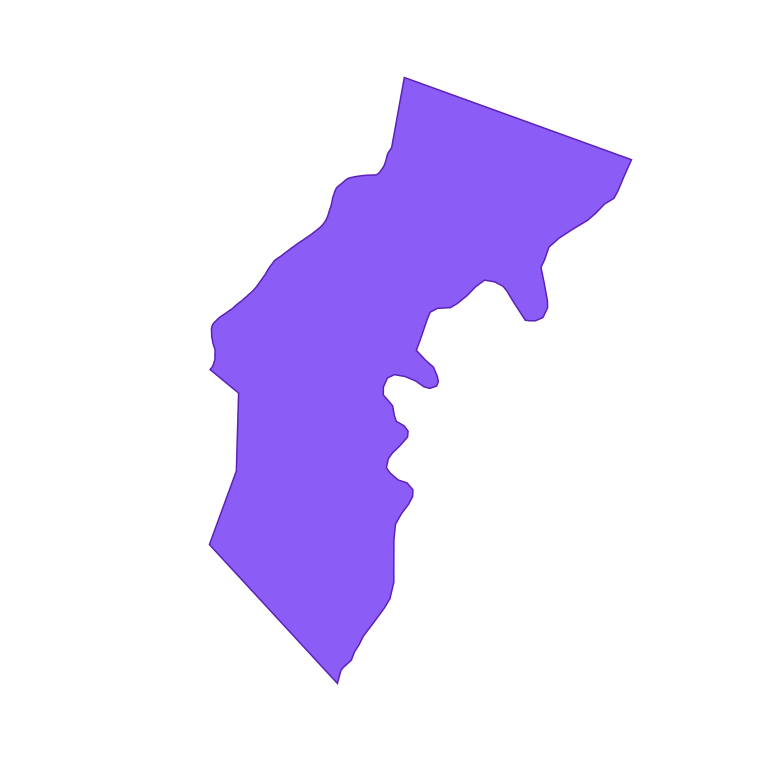 the district of Dupre, Choiseul, Saint Lucia, rotated 15°
{"feature_id": "8701671B17247241487473", "entity_name": "Dupre", "entity_type": "district", "adm_level": 2, "iso_a3": "LCA", "parent_name": "Saint Lucia", "parent_adm1": "Choiseul", "projection": "albers", "projection_center": [-61.03, 13.794], "detail": "fine", "context": "isolated", "style": "filled", "palette": "violet", "viewbox_px": 768, "rotation_deg": 15, "n_neighbors": 0, "source": "geoboundaries", "source_scale": "gbopen_adm2", "svg_char_len": 3984}
<svg xmlns="http://www.w3.org/2000/svg" viewBox="0 0 768 768"><g transform="rotate(15 384 384)"><path d="M565.0,103.3L325.7,82.8L324.3,82.7L330.2,153.7L328.1,159.7L327.9,161.4L327.9,162.8L327.9,163.9L327.9,165.3L328.0,166.6L328.0,167.7L327.9,168.8L327.8,171.2L327.7,172.5L327.4,173.7L327.1,174.9L326.6,176.3L326.1,177.7L325.7,179.0L325.2,180.2L324.5,181.4L323.9,182.5L323.0,183.4L321.9,184.2L320.8,184.6L319.3,184.9L318.1,185.3L316.7,185.9L315.4,186.1L314.3,186.4L312.9,187.0L311.7,187.5L310.5,187.8L309.2,188.3L307.8,188.9L306.6,189.4L305.4,189.9L304.2,190.5L303.0,190.9L301.8,191.5L300.7,192.1L299.3,192.8L298.2,193.4L296.7,194.3L295.8,195.0L295.0,195.8L294.3,196.8L293.5,197.9L292.8,198.9L292.1,200.0L291.4,201.0L290.1,202.8L288.9,204.4L288.1,205.5L287.6,206.6L287.1,207.9L286.9,209.2L286.7,210.4L286.6,211.7L286.5,213.1L286.4,214.4L286.3,215.5L286.3,216.8L286.3,218.1L286.4,219.3L286.5,220.7L286.6,221.8L286.7,223.1L286.7,224.4L286.7,225.6L286.7,227.0L286.5,228.2L286.4,229.4L286.4,230.6L286.3,232.6L286.3,233.9L286.2,235.2L286.2,236.5L286.0,237.7L285.8,239.0L285.5,240.4L285.2,241.6L284.8,242.9L284.3,244.2L283.8,245.4L283.3,246.5L282.6,247.6L282.0,248.9L281.1,250.0L280.3,251.2L279.6,252.2L278.8,253.3L278.0,254.3L277.2,255.4L276.4,256.4L275.6,257.5L274.8,258.6L273.9,259.6L272.9,260.8L272.0,261.8L270.9,263.0L270.1,264.0L269.3,264.9L268.6,265.9L267.5,267.0L266.6,268.0L265.7,269.1L264.6,270.4L263.7,271.4L262.8,272.4L262.1,273.5L261.2,274.6L260.6,275.3L259.6,276.4L258.6,277.7L258.1,278.5L257.2,279.5L256.3,280.7L255.6,281.5L255.1,282.2L254.4,283.1L253.5,284.2L252.8,285.2L252.1,286.2L251.3,287.2L250.5,288.1L249.5,289.2L248.6,290.2L247.7,291.3L246.8,292.4L246.2,293.4L245.7,294.7L245.2,296.0L244.7,297.3L244.2,298.4L243.7,299.6L243.2,300.8L242.9,302.0L242.5,303.3L242.0,304.5L241.7,305.9L241.4,307.0L241.2,308.2L240.6,309.7L240.2,310.9L239.7,312.1L239.2,313.4L238.9,314.6L238.4,315.8L237.9,317.0L237.5,318.1L236.9,319.7L236.3,321.3L235.8,322.5L235.3,323.8L234.7,325.0L234.1,326.3L233.6,327.5L232.9,328.6L232.1,329.7L231.5,330.7L230.6,331.9L229.9,332.9L229.2,334.3L228.4,335.5L227.6,336.5L226.9,337.6L226.1,338.9L225.4,340.0L224.5,341.1L223.6,342.2L222.7,343.3L222.0,344.4L221.2,345.4L220.4,346.7L219.6,347.9L219.0,349.0L218.2,350.2L217.4,351.2L216.4,352.3L215.5,353.3L214.5,354.5L213.6,355.6L212.7,356.7L211.9,357.6L210.9,358.7L210.0,359.7L209.1,360.8L208.3,361.7L207.6,362.7L206.9,363.7L206.3,364.9L205.5,366.2L204.7,367.6L203.9,368.8L203.6,369.9L203.1,371.1L203.0,372.2L203.0,373.4L203.0,374.5L203.1,375.8L203.4,376.7L203.8,377.8L204.1,378.9L204.6,380.2L204.9,381.3L205.2,382.7L205.8,383.9L206.3,384.9L207.0,386.2L207.5,387.4L208.1,388.6L208.7,389.7L209.4,390.8L210.2,392.0L211.0,393.0L211.6,394.0L212.1,395.1L212.4,396.3L212.8,397.8L213.0,399.0L213.3,400.4L213.7,401.6L214.0,402.8L214.3,404.0L214.3,405.3L214.2,406.4L214.2,407.6L214.2,408.8L214.0,410.0L213.8,411.2L213.5,412.5L212.8,413.8L212.3,415.1L245.9,430.4L263.9,506.3L256.9,584.3L416.5,685.3L416.5,683.2L416.5,672.0L418.0,668.4L423.9,659.2L424.9,650.0L427.4,642.3L429.4,632.6L434.9,619.3L442.3,600.4L445.3,589.7L444.8,572.8L441.3,560.0L437.8,546.7L433.9,531.9L431.4,516.5L434.4,504.8L438.8,494.0L440.8,485.3L439.3,478.7L431.9,473.6L422.4,473.0L413.0,468.4L408.0,464.3L407.5,455.1L410.0,448.5L415.5,439.3L420.5,429.1L419.5,423.4L414.5,419.3L405.5,416.8L402.1,411.7L398.1,403.0L393.1,399.4L386.2,394.8L384.2,387.1L385.7,377.4L391.6,372.3L402.1,371.3L413.5,372.8L423.4,376.4L429.4,376.4L435.4,372.3L435.9,367.7L433.4,362.6L427.4,354.9L418.0,350.3L406.5,343.1L407.5,332.9L409.0,310.4L410.0,302.7L416.0,297.1L428.4,293.0L433.9,287.4L440.3,278.5L441.3,277.2L447.3,266.4L454.2,257.7L464.2,256.7L473.6,258.7L478.6,262.3L486.5,270.0L503.9,285.8L507.9,285.3L513.8,283.8L520.3,278.7L522.3,267.9L520.3,261.3L512.8,245.4L505.4,230.6L506.9,222.9L507.9,209.1L515.3,197.9L525.8,186.1L538.2,173.3L544.1,164.6L550.6,152.9L558.0,145.2L560.0,137.0L562.0,122.2L565.0,103.3Z" fill="#8b5cf6" stroke="#5b21b6" stroke-width="1.5"/></g></svg>